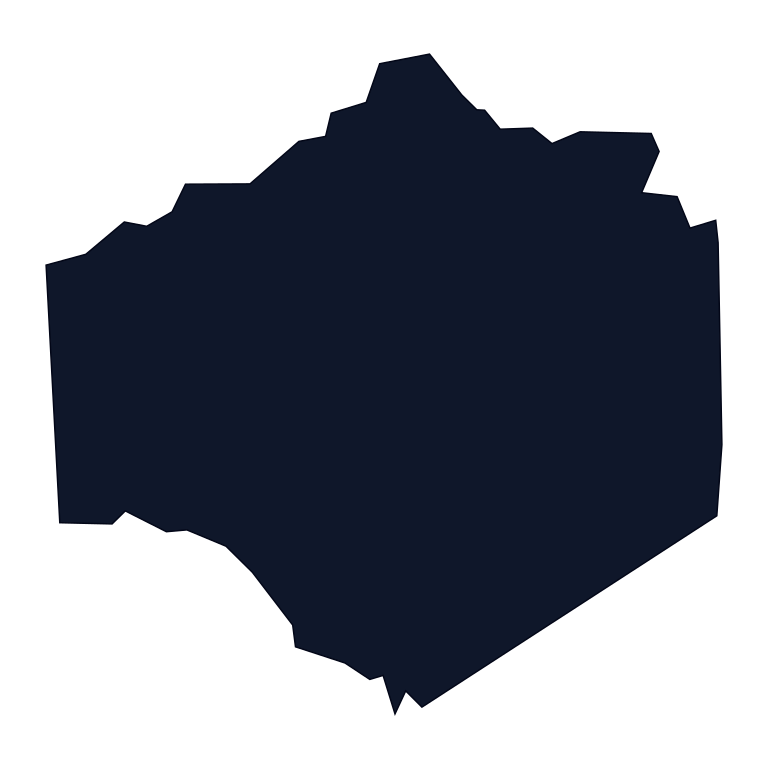 Dinwiddie, Virginia, United States of America
{"feature_id": "52423323B1471868518532", "entity_name": "Dinwiddie", "entity_type": "district", "adm_level": 2, "iso_a3": "USA", "parent_name": "United States of America", "parent_adm1": "Virginia", "projection": "natural_earth1", "projection_center": [-77.642, 37.072], "detail": "fine", "context": "isolated", "style": "filled", "palette": "ink", "viewbox_px": 768, "rotation_deg": 0, "n_neighbors": 0, "source": "geoboundaries", "source_scale": "gbopen_adm2", "svg_char_len": 666}
<svg xmlns="http://www.w3.org/2000/svg" viewBox="0 0 768 768"><path d="M651.2,133.5L580.1,131.8L552.0,143.6L532.7,128.1L500.2,129.2L484.6,110.2L476.8,109.8L461.8,95.0L429.5,54.1L379.7,63.7L366.2,102.4L331.2,113.2L325.6,136.4L298.9,141.4L250.0,183.9L185.5,184.2L172.1,211.8L146.7,226.3L124.3,222.0L85.8,254.3L46.1,265.1L59.8,522.7L112.1,523.9L125.3,510.9L166.4,531.7L186.9,529.9L226.0,546.2L252.3,572.2L292.7,625.0L295.5,646.8L345.0,663.0L369.8,679.4L383.1,675.4L395.0,713.9L405.7,690.9L421.9,707.1L716.8,515.8L721.9,444.7L718.1,242.7L715.7,220.3L690.0,228.1L677.1,196.7L641.6,192.7L659.1,151.5L651.2,133.5Z" fill="#0f172a" stroke="#020617" stroke-width="1.5"/></svg>